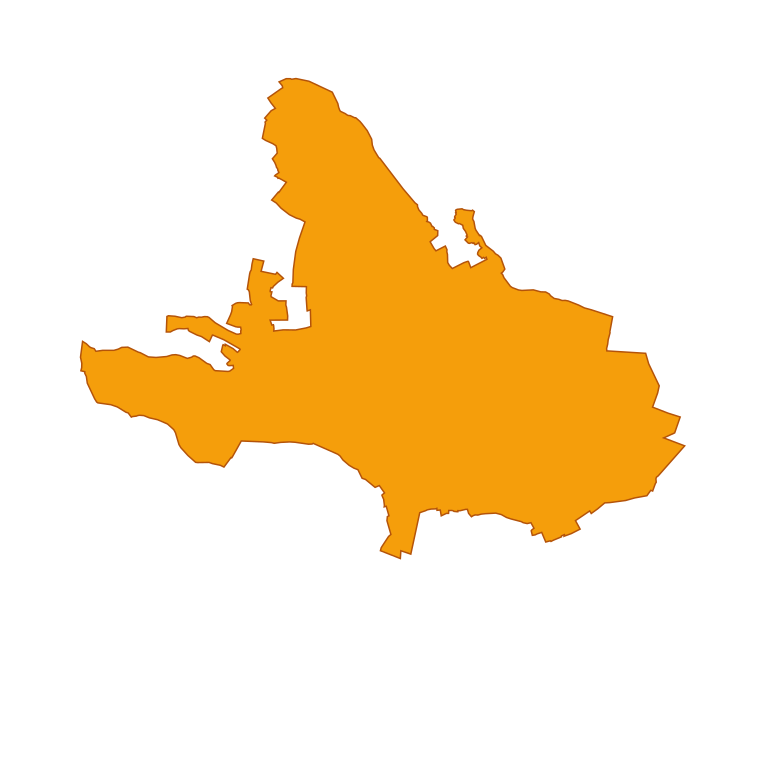 the district of Crasna, Salaj, Romania, rotated 40°
{"feature_id": "2599482B62155795885644", "entity_name": "Crasna", "entity_type": "district", "adm_level": 2, "iso_a3": "ROU", "parent_name": "Romania", "parent_adm1": "Salaj", "projection": "albers", "projection_center": [22.821, 47.154], "detail": "fine", "context": "isolated", "style": "filled", "palette": "amber", "viewbox_px": 768, "rotation_deg": 40, "n_neighbors": 0, "source": "geoboundaries", "source_scale": "gbopen_adm2", "svg_char_len": 6170}
<svg xmlns="http://www.w3.org/2000/svg" viewBox="0 0 768 768"><g transform="rotate(40 384 384)"><path d="M176.9,582.4L188.1,575.4L194.4,573.0L204.5,571.5L206.6,570.6L211.7,571.8L212.3,570.6L215.0,567.7L215.6,566.5L216.8,565.1L220.3,562.6L226.1,560.7L233.5,556.9L243.8,553.8L252.3,554.1L255.6,555.4L265.9,562.2L269.4,563.4L279.7,564.8L290.0,565.1L291.6,564.1L300.4,556.5L303.7,555.3L310.8,551.5L314.8,550.5L314.1,539.1L314.1,538.6L314.8,538.5L314.7,537.3L311.3,519.4L328.8,505.9L335.5,501.2L338.0,500.0L342.4,495.1L349.1,488.9L353.3,485.8L364.9,478.6L367.5,476.2L367.9,475.0L393.8,467.5L396.6,467.4L401.4,468.6L409.5,468.7L415.0,467.8L419.1,466.4L427.8,470.3L431.2,469.0L443.6,468.9L445.7,464.8L454.4,467.1L453.8,470.3L454.1,470.7L457.9,472.6L462.3,476.7L463.1,478.0L464.3,476.2L472.5,481.8L471.8,483.4L474.1,486.8L486.0,494.8L485.5,497.8L486.7,508.2L487.1,511.2L488.4,514.0L508.7,507.2L504.1,500.9L513.9,497.1L494.1,459.6L497.3,454.3L498.1,452.5L500.4,449.6L503.7,446.6L504.4,445.3L505.8,446.7L508.1,444.4L512.6,448.2L514.9,443.1L516.6,441.6L514.9,439.3L517.1,437.4L518.3,436.7L519.5,436.6L522.2,434.8L522.7,434.3L522.0,433.5L523.7,432.2L527.1,427.6L528.5,426.4L531.9,428.7L536.3,429.5L536.9,427.6L537.9,425.8L540.2,424.0L542.2,421.1L545.1,418.1L552.6,411.1L557.8,408.6L563.6,407.5L567.9,405.8L577.6,401.2L579.7,400.8L583.4,398.9L585.7,395.8L591.6,398.1L591.0,400.8L591.1,401.8L594.9,404.6L596.8,402.4L597.7,400.3L600.2,396.3L609.5,401.1L612.2,397.2L613.1,397.3L614.2,394.7L618.1,387.2L617.6,386.3L619.0,383.4L619.7,383.8L619.9,384.7L623.6,378.3L627.5,369.1L618.5,365.6L623.2,349.0L626.0,350.0L627.9,342.4L629.5,333.2L633.3,329.6L644.0,317.9L649.3,310.1L657.2,300.6L656.7,294.0L658.6,293.3L655.9,285.9L655.7,284.3L653.2,281.8L652.6,280.2L653.1,278.2L654.1,238.1L632.9,245.5L638.1,234.6L632.1,218.9L620.2,223.8L604.6,229.1L599.4,215.0L596.0,208.5L573.8,198.4L564.7,192.3L533.4,215.4L531.7,213.7L529.8,209.8L527.3,206.0L524.2,199.4L523.5,198.9L515.9,185.5L495.1,193.9L488.6,196.9L482.4,198.4L471.7,202.0L469.2,203.4L466.7,205.6L463.6,206.7L459.3,209.1L454.8,209.3L452.8,208.8L448.7,209.6L444.9,212.6L437.9,215.9L429.5,223.7L426.6,225.5L420.3,227.7L418.0,227.9L407.7,225.5L404.5,223.9L402.6,223.7L403.0,221.8L402.7,218.3L392.6,212.4L388.6,212.1L385.7,212.6L382.4,212.0L372.9,212.4L363.8,208.3L361.8,208.4L361.7,208.9L355.4,207.0L353.7,206.1L348.4,201.7L345.9,200.7L344.7,198.9L342.4,193.9L340.1,193.9L339.8,194.9L335.6,197.8L332.9,199.3L331.2,199.6L327.8,203.1L327.2,204.3L327.3,205.1L329.1,206.3L328.8,206.8L330.2,207.6L330.5,210.3L331.0,210.9L331.5,210.8L332.1,211.7L331.9,213.0L332.4,213.6L334.7,214.2L338.0,213.4L338.9,212.5L342.3,211.8L344.7,213.8L348.3,214.7L352.0,216.5L351.9,217.8L353.4,217.7L353.4,221.5L357.9,221.9L358.9,221.5L360.5,219.2L361.9,219.0L362.1,218.1L364.2,218.7L365.1,217.3L365.6,214.8L368.7,216.7L371.4,216.8L370.7,220.4L371.3,222.9L372.1,224.3L373.7,224.8L376.7,224.5L378.3,224.8L378.9,223.0L380.4,223.1L380.8,221.2L382.7,222.3L375.7,239.1L370.4,236.1L369.7,235.9L369.3,236.2L367.2,239.7L362.1,251.6L357.8,251.1L354.7,250.0L349.3,243.9L347.2,242.4L345.9,240.6L342.3,238.9L338.2,248.6L335.4,248.1L327.9,245.4L329.7,235.8L326.7,232.0L323.1,233.2L322.2,232.1L319.9,232.0L319.5,232.4L316.2,230.9L314.3,231.1L312.3,232.0L312.2,230.9L310.2,228.6L309.4,228.3L305.5,229.7L304.7,229.6L303.4,229.0L298.8,228.2L295.7,226.6L294.4,225.2L291.2,225.3L273.1,222.2L235.8,213.8L234.4,214.0L225.9,211.1L221.5,208.5L217.2,204.4L208.3,200.7L200.2,198.9L196.7,198.3L191.2,198.2L190.4,198.9L185.7,200.1L183.6,201.5L180.4,201.8L175.4,203.1L174.2,202.8L171.4,201.2L168.3,198.8L156.8,193.7L131.9,200.3L120.2,206.6L117.4,209.9L116.0,210.3L112.8,213.0L109.4,220.0L114.3,220.9L116.0,222.2L115.3,224.2L111.2,239.6L116.8,241.3L123.6,242.7L121.9,247.2L121.7,257.0L124.6,257.2L124.5,259.8L125.7,260.7L132.9,274.0L136.7,273.5L144.2,271.4L148.1,270.9L150.4,272.5L153.8,275.8L153.7,283.2L157.8,284.5L161.4,286.3L161.9,286.9L164.5,287.7L165.1,288.4L167.6,289.6L166.5,293.8L166.5,294.9L169.5,294.1L170.6,294.6L171.2,293.8L179.5,292.2L180.3,304.9L179.7,304.9L179.7,315.3L185.2,314.6L192.2,315.5L202.7,315.1L210.1,313.3L213.8,311.7L219.3,310.6L225.4,326.5L231.2,339.2L240.9,354.5L249.1,365.0L249.4,366.5L250.8,368.3L262.0,359.3L265.9,364.2L268.1,366.2L268.7,367.7L277.5,376.8L278.2,377.4L279.9,374.5L291.0,387.0L288.3,391.1L281.5,399.5L272.0,407.3L265.5,414.3L264.2,412.4L261.7,410.0L261.2,409.7L260.2,410.9L255.7,408.3L269.0,397.0L266.5,393.8L259.9,387.8L258.1,386.7L255.5,383.3L249.6,388.3L241.5,389.7L240.7,389.1L238.9,385.5L237.6,386.4L237.0,386.0L235.5,382.9L236.9,382.0L236.5,380.4L237.3,374.1L239.0,367.7L230.3,367.3L230.4,369.7L217.4,376.7L212.9,367.1L203.3,372.1L205.8,377.0L209.0,382.0L209.3,383.9L210.1,385.7L218.3,399.3L219.3,399.0L221.4,399.8L227.9,406.0L231.5,408.2L231.4,408.8L230.1,409.7L228.0,409.1L221.0,414.5L219.5,416.0L218.5,417.6L217.2,421.6L218.2,422.2L220.8,426.5L222.0,429.8L224.5,438.7L233.5,435.5L235.4,434.4L237.6,432.6L239.8,434.4L240.0,435.3L241.9,437.4L240.3,439.6L238.8,440.7L230.0,443.2L215.3,445.6L207.2,445.5L205.4,446.0L203.0,447.9L201.2,450.2L199.1,451.8L197.9,453.7L195.1,454.5L189.2,459.0L188.8,459.6L188.7,460.5L186.5,463.2L180.4,466.4L175.0,470.3L174.3,471.8L183.8,484.1L186.9,481.5L188.0,478.6L190.2,474.6L191.6,473.1L195.3,470.3L198.1,467.5L199.7,468.6L201.1,468.7L209.3,466.7L213.6,465.0L223.0,463.8L221.1,456.8L221.6,456.5L233.1,453.0L250.8,449.8L251.5,449.9L251.7,450.6L251.5,451.7L251.7,452.6L251.3,454.0L245.7,453.9L236.9,455.6L237.8,456.7L235.5,457.3L235.6,458.0L238.6,463.9L244.1,464.8L250.6,464.5L251.0,465.0L250.5,468.8L250.7,469.6L252.6,470.0L253.6,469.5L256.5,466.7L258.7,468.7L257.5,473.4L256.4,474.7L246.1,482.3L244.4,482.5L238.3,480.9L235.0,482.1L225.4,482.8L221.2,484.0L219.9,485.2L219.4,487.1L216.9,490.8L209.2,493.4L205.6,495.4L202.9,498.0L199.9,502.6L192.3,510.2L186.1,514.7L177.1,516.7L175.4,517.5L164.1,520.4L159.5,524.6L158.0,528.1L155.5,531.8L147.0,538.9L142.3,544.1L139.3,543.2L136.2,544.5L134.5,544.8L130.1,544.5L125.7,545.1L134.3,558.6L139.2,562.4L141.9,565.8L143.3,568.7L146.9,566.9L147.9,568.1L151.2,569.6L156.2,574.1L171.8,581.3L175.4,582.5L176.9,582.4Z" fill="#f59e0b" stroke="#b45309" stroke-width="1.5"/></g></svg>